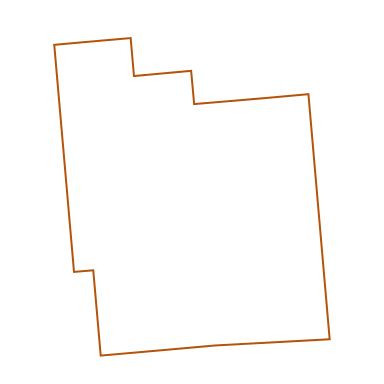 Latimer, Oklahoma, United States of America (Mercator projection), rotated 265°
{"feature_id": "52423323B76239020598074", "entity_name": "Latimer", "entity_type": "district", "adm_level": 2, "iso_a3": "USA", "parent_name": "United States of America", "parent_adm1": "Oklahoma", "projection": "mercator", "projection_center": [-95.16, 34.87], "detail": "fine", "context": "isolated", "style": "outline", "palette": "amber", "viewbox_px": 384, "rotation_deg": 265, "n_neighbors": 0, "source": "geoboundaries", "source_scale": "gbopen_adm2", "svg_char_len": 326}
<svg xmlns="http://www.w3.org/2000/svg" viewBox="0 0 384 384"><g transform="rotate(265 192 192)"><path d="M279.3,316.5L279.2,278.2L279.4,201.8L312.8,201.7L312.6,144.3L350.7,144.3L350.7,97.2L350.6,67.6L122.7,67.5L122.6,86.8L37.0,86.8L37.1,201.8L33.3,316.3L279.3,316.5Z" fill="none" stroke="#b45309" stroke-width="2"/></g></svg>